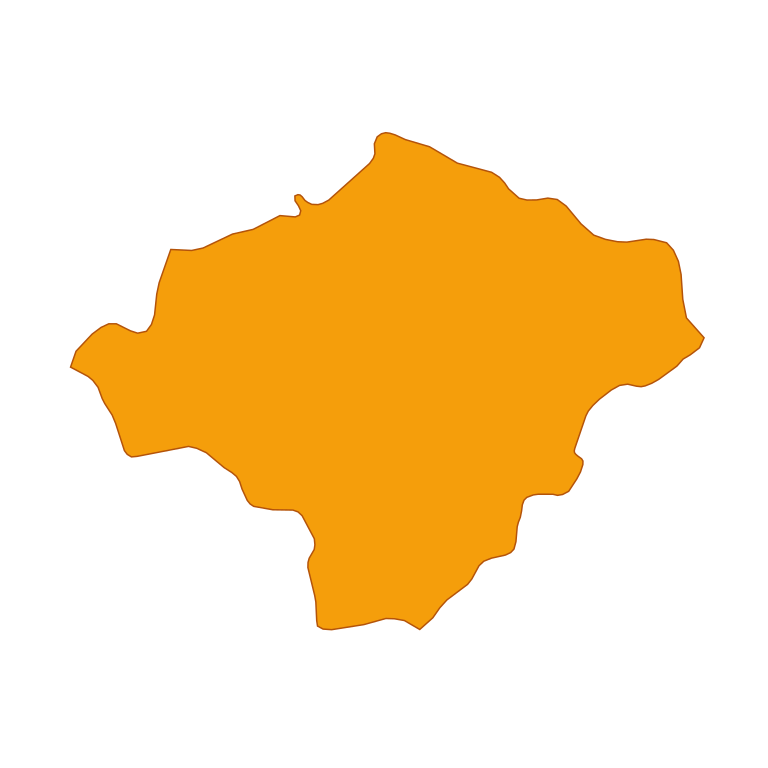 SVG path tracing the border of Relizane, rotated 186°
{"feature_id": "DZA-2203", "entity_name": "Relizane", "entity_type": "Province", "adm_level": 1, "iso_a3": "DZA", "parent_name": "Algeria", "parent_adm1": "", "projection": "orthographic", "projection_center": [0.791, 35.819], "detail": "fine", "context": "isolated", "style": "filled", "palette": "amber", "viewbox_px": 768, "rotation_deg": 186, "n_neighbors": 0, "source": "natural_earth", "source_scale": "10m", "svg_char_len": 2144}
<svg xmlns="http://www.w3.org/2000/svg" viewBox="0 0 768 768"><g transform="rotate(186 384 384)"><path d="M697.5,368.0L693.7,384.4L679.5,403.1L671.3,410.7L664.0,415.1L656.5,415.9L641.8,410.4L634.3,408.8L625.7,411.6L621.5,418.9L619.4,428.7L619.4,449.6L618.2,461.2L610.1,495.5L589.2,496.7L578.2,500.3L550.3,517.3L530.3,524.1L505.1,540.6L489.7,540.9L485.6,543.2L484.9,547.6L487.7,552.3L491.6,556.9L492.3,561.7L489.4,563.3L487.2,563.2L484.9,561.6L481.8,558.3L478.8,556.6L474.6,555.1L468.3,555.5L463.8,557.3L458.2,561.1L421.4,601.8L418.2,607.4L417.1,612.0L418.7,621.9L416.6,629.1L412.7,632.6L408.6,634.1L404.4,634.0L398.9,632.9L388.3,629.3L363.5,624.7L334.1,611.3L299.1,605.8L290.7,601.6L285.0,596.5L280.5,591.1L269.1,582.9L261.1,581.9L251.5,583.0L240.5,586.0L231.0,585.6L221.4,580.0L204.9,563.9L191.0,554.0L178.9,551.0L166.6,549.9L157.3,550.5L138.4,555.4L130.7,555.9L117.7,554.0L110.2,547.3L104.0,536.7L100.0,524.0L95.7,499.4L90.1,481.3L70.5,463.4L74.0,453.0L82.5,445.0L89.1,440.1L94.6,432.4L111.3,417.3L117.8,412.7L124.1,409.4L128.0,408.2L132.6,408.2L141.7,409.3L149.6,407.2L157.3,401.8L168.2,391.4L174.1,384.4L178.0,378.4L179.9,373.4L187.5,340.0L187.8,337.4L187.3,335.6L186.0,334.2L183.9,332.7L179.7,330.3L178.1,328.2L177.8,324.7L179.4,317.1L182.3,309.8L189.1,296.6L194.8,292.8L199.8,291.4L204.5,292.0L219.1,290.5L223.9,289.3L230.1,286.2L232.6,283.1L233.8,278.3L233.9,272.2L234.5,265.7L235.9,260.6L236.6,256.0L236.3,241.0L237.5,233.4L240.4,229.6L245.3,226.6L259.0,222.0L266.2,218.2L270.5,213.2L276.3,199.2L279.9,193.5L298.8,175.9L305.1,167.3L311.0,156.6L322.8,143.6L339.0,150.9L349.1,151.6L357.6,151.0L378.9,142.6L410.4,134.2L419.0,133.9L424.8,136.3L426.2,141.7L429.0,160.1L430.8,166.4L440.5,193.5L440.9,198.6L440.2,202.9L436.1,212.1L435.9,216.8L437.1,222.8L451.7,244.5L456.1,247.8L461.4,249.1L481.5,247.3L500.8,248.7L504.6,250.7L507.8,253.9L514.2,264.7L517.4,271.9L521.1,276.7L526.0,280.0L534.2,284.1L553.5,297.1L563.6,300.5L571.9,301.5L622.0,286.2L627.6,285.1L632.0,287.2L635.2,290.6L646.8,316.8L651.1,324.7L659.7,335.4L662.7,340.0L668.0,350.8L674.0,357.2L679.1,360.6L697.5,368.0Z" fill="#f59e0b" stroke="#b45309" stroke-width="1.5"/></g></svg>